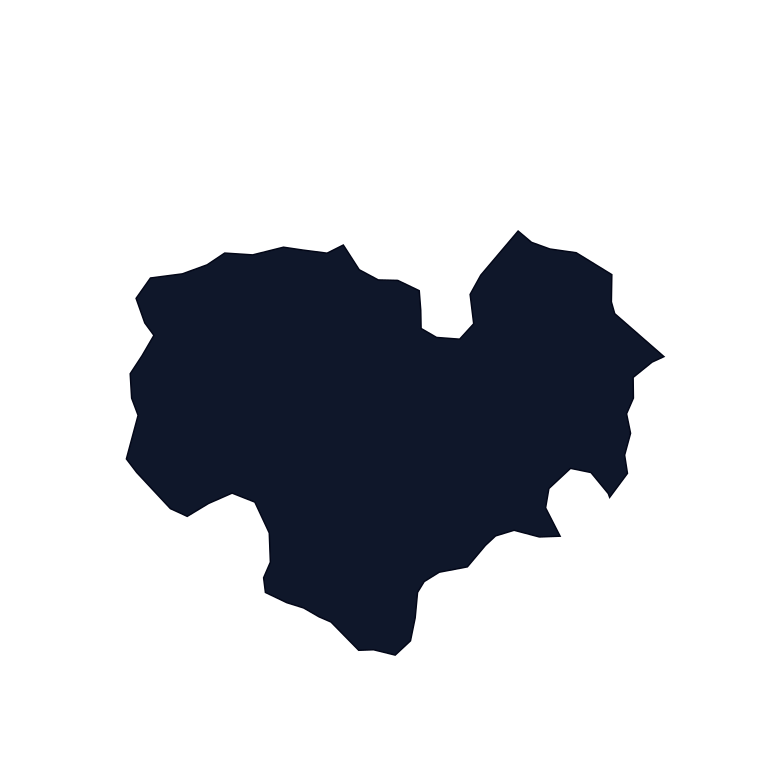 Gokseong-gun, South Jeolla, South Korea (Robinson projection), rotated 137°
{"feature_id": "91817680B55822624410007", "entity_name": "Gokseong-gun", "entity_type": "district", "adm_level": 2, "iso_a3": "KOR", "parent_name": "South Korea", "parent_adm1": "South Jeolla", "projection": "robinson", "projection_center": [127.266, 35.202], "detail": "fine", "context": "isolated", "style": "filled", "palette": "ink", "viewbox_px": 768, "rotation_deg": 137, "n_neighbors": 0, "source": "geoboundaries", "source_scale": "gbopen_adm2", "svg_char_len": 1143}
<svg xmlns="http://www.w3.org/2000/svg" viewBox="0 0 768 768"><g transform="rotate(137 384 384)"><path d="M296.3,147.2L266.9,152.6L256.5,167.9L237.3,179.8L226.9,196.8L211.2,203.6L197.3,218.9L173.0,217.2L160.6,213.1L167.3,278.1L161.7,289.0L142.8,308.6L153.9,348.9L170.6,369.6L179.5,387.0L181.6,404.4L239.0,397.6L259.9,390.8L277.3,366.9L298.1,365.2L313.8,382.2L319.0,399.3L306.8,412.9L294.6,428.2L303.3,450.4L317.2,464.0L324.2,484.5L319.3,511.5L319.0,513.4L336.4,518.5L352.0,537.3L364.2,552.6L392.0,568.0L411.2,588.4L432.1,591.8L456.4,602.1L482.5,620.8L506.9,615.7L517.3,591.8L519.1,576.5L541.7,569.7L562.6,564.6L578.2,545.8L585.2,528.8L623.5,504.9L625.2,487.9L625.2,462.3L625.2,438.5L621.3,429.1L618.2,421.4L593.8,416.3L569.5,407.8L559.0,385.7L569.5,353.3L588.6,331.2L604.2,324.4L612.9,312.4L604.2,290.3L595.5,275.0L590.3,258.0L585.1,246.1L584.1,206.5L572.9,196.8L560.7,178.1L539.8,178.1L520.7,191.7L501.6,208.7L489.4,212.1L472.0,208.7L447.7,193.4L419.9,196.8L406.0,196.8L388.6,188.3L374.7,166.2L359.0,152.6L350.3,183.2L334.7,195.1L305.1,195.1L293.0,178.1L294.7,150.9L296.3,147.2Z" fill="#0f172a" stroke="#020617" stroke-width="1.5"/></g></svg>